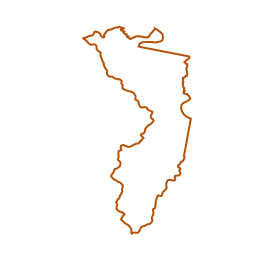 Tonantins, Amazonas, Brazil (Natural Earth projection), rotated 281°
{"feature_id": "56859067B7727099181602", "entity_name": "Tonantins", "entity_type": "district", "adm_level": 2, "iso_a3": "BRA", "parent_name": "Brazil", "parent_adm1": "Amazonas", "projection": "natural_earth1", "projection_center": [-67.705, -2.576], "detail": "fine", "context": "isolated", "style": "outline", "palette": "amber", "viewbox_px": 256, "rotation_deg": 281, "n_neighbors": 0, "source": "geoboundaries", "source_scale": "gbopen_adm2", "svg_char_len": 5929}
<svg xmlns="http://www.w3.org/2000/svg" viewBox="0 0 256 256"><g transform="rotate(281 128 128)"><path d="M207.5,67.0L206.8,67.9L206.4,69.3L205.8,70.4L204.2,72.4L203.4,73.6L203.0,74.4L202.8,75.0L202.7,76.1L203.7,78.4L203.7,79.7L203.1,80.7L202.2,81.5L200.0,82.0L199.0,82.5L198.2,83.5L197.8,84.6L197.3,85.7L196.5,86.9L194.2,87.0L193.0,87.6L192.1,88.1L191.2,89.0L190.0,89.4L188.9,90.1L188.0,91.0L187.1,91.9L185.9,91.8L184.9,92.5L183.9,93.1L183.0,93.7L181.7,94.9L180.9,95.9L179.8,96.7L178.5,96.7L177.0,97.1L176.2,97.8L175.2,99.1L174.8,100.2L175.2,101.5L175.3,102.9L174.1,105.7L174.1,106.8L174.0,110.0L173.9,111.2L173.1,112.7L171.8,113.1L170.5,112.9L168.9,114.7L167.8,114.9L166.6,114.7L165.4,115.5L165.2,116.9L164.5,119.8L164.3,121.3L164.2,122.5L164.3,124.1L164.1,125.7L163.4,127.0L161.4,128.9L160.5,129.5L158.1,129.7L157.1,130.1L157.0,131.2L156.6,132.5L155.4,133.3L154.3,133.6L153.1,134.4L151.4,135.7L150.7,136.6L150.8,137.8L151.7,140.3L151.7,141.8L151.2,142.9L150.2,143.6L149.4,144.6L149.1,146.5L148.9,148.2L148.2,148.9L147.1,148.9L146.0,148.6L144.9,148.1L143.7,148.0L142.5,148.7L141.7,149.5L141.1,150.9L140.2,151.7L139.1,151.5L138.2,150.8L137.1,150.2L135.9,149.3L135.0,148.1L134.3,147.2L133.1,146.6L131.7,145.8L130.6,145.2L129.2,145.0L127.9,145.1L126.6,144.9L125.7,144.3L124.5,142.1L123.5,141.9L122.8,142.8L121.9,143.9L121.2,145.1L120.3,144.5L119.3,143.8L118.1,143.4L117.4,142.2L116.2,142.3L115.1,141.4L114.0,138.8L113.2,137.5L112.3,136.4L111.3,135.4L110.5,134.4L109.8,133.0L109.4,131.2L109.9,130.1L110.0,128.5L110.4,127.3L110.1,125.8L109.4,124.6L107.3,124.6L106.3,125.0L105.4,125.7L104.5,124.8L103.9,123.7L102.8,123.0L101.8,123.4L100.7,123.7L99.4,123.8L98.0,124.3L95.3,124.2L94.3,124.7L93.8,126.0L93.1,126.9L92.2,127.4L91.2,127.5L90.2,127.3L89.1,127.3L88.1,126.7L87.2,125.8L85.8,124.3L85.1,122.8L83.9,122.5L82.8,122.4L81.4,122.1L80.5,121.5L79.2,121.0L78.0,120.7L76.8,121.0L76.1,122.3L75.2,123.4L74.6,124.7L74.3,126.4L73.7,127.4L73.2,128.6L73.1,129.9L72.8,131.0L71.9,132.2L71.3,133.4L70.3,134.1L69.3,134.0L68.1,133.8L66.7,133.8L64.4,134.6L63.2,134.2L62.2,133.7L60.8,133.6L59.9,132.9L58.8,133.0L57.8,132.9L56.6,132.3L55.9,131.3L54.7,131.4L53.8,130.7L52.7,130.6L51.5,131.6L50.6,132.0L47.7,131.8L46.5,132.2L45.7,133.0L44.8,134.5L44.3,136.0L44.0,138.5L43.5,140.1L42.4,141.0L41.4,140.4L40.4,139.5L39.3,139.5L38.3,138.9L36.9,138.7L36.1,139.7L35.3,141.2L34.0,143.1L33.0,146.0L32.3,147.5L31.6,148.5L30.8,149.3L29.8,150.1L28.5,150.9L26.1,151.1L25.1,151.9L26.2,153.1L26.6,154.3L26.7,155.8L26.9,157.1L27.8,158.2L29.1,158.8L32.5,159.6L33.7,160.2L34.4,161.5L34.8,162.7L35.7,163.8L36.5,164.6L37.2,165.4L37.6,166.7L38.2,167.8L39.2,168.7L41.4,169.6L42.5,169.4L43.7,168.7L44.8,168.5L46.0,168.7L47.1,169.2L48.0,169.2L49.5,169.2L50.4,168.9L52.0,168.1L53.2,168.2L54.0,169.5L55.4,169.8L56.8,169.6L59.0,169.8L60.3,169.2L61.2,169.2L62.8,169.3L65.5,169.9L66.9,169.8L67.6,170.5L67.6,172.3L67.6,173.6L68.6,174.2L70.1,174.2L71.3,174.4L72.2,174.8L73.6,175.7L74.6,176.6L75.8,177.2L76.8,177.3L78.4,176.7L80.7,176.2L81.6,176.4L82.7,176.5L84.0,176.9L84.9,178.3L85.1,179.5L85.0,180.7L85.1,182.2L85.4,183.5L86.1,184.2L87.6,184.0L88.8,183.1L90.0,183.4L90.6,184.9L90.9,186.4L91.7,187.6L92.9,188.1L94.0,188.0L95.1,187.0L96.2,186.4L97.1,187.1L98.3,186.9L98.9,185.7L99.5,184.6L100.9,184.3L101.6,185.2L102.7,186.0L103.7,186.0L105.0,186.5L105.5,187.8L106.7,188.4L109.2,189.0L110.3,189.0L111.3,188.3L149.2,187.9L149.6,185.7L150.3,183.3L150.8,182.1L151.5,181.0L153.1,179.2L154.9,177.6L156.3,176.9L157.7,176.3L158.8,176.2L160.1,176.1L161.3,176.3L162.2,176.9L163.5,178.0L166.0,181.4L167.2,182.6L168.6,183.5L170.1,182.6L170.9,181.9L171.5,180.8L172.1,179.9L172.6,179.6L172.4,178.8L172.5,178.3L172.4,177.7L172.6,176.5L172.8,176.0L173.4,176.2L173.7,175.9L174.2,175.6L174.6,175.9L174.9,176.3L175.3,176.6L175.7,175.7L176.3,175.5L177.4,175.7L177.8,175.5L178.2,175.3L179.0,174.3L179.9,174.2L180.4,173.8L181.0,173.9L181.7,173.5L182.2,173.0L182.6,173.3L183.1,173.3L183.6,173.6L184.1,173.6L184.5,173.2L184.9,172.7L186.6,172.9L187.5,172.3L188.3,173.2L188.8,174.2L190.0,174.5L190.4,175.8L192.5,175.8L193.6,175.4L194.7,175.1L195.6,174.6L196.7,174.3L197.8,173.8L198.8,174.2L199.8,174.5L202.0,173.9L202.0,172.7L202.9,172.0L203.4,170.9L204.4,171.6L205.4,172.0L206.2,172.9L207.0,173.7L207.9,174.6L208.9,174.8L209.9,174.4L209.9,125.1L210.1,122.9L210.9,122.9L212.4,123.1L213.3,123.6L214.3,124.7L214.6,125.3L215.2,126.9L216.1,130.0L216.9,134.9L217.0,137.8L217.8,140.3L218.8,142.5L219.5,143.7L219.9,144.3L220.3,144.7L221.2,145.0L222.5,145.1L223.0,145.1L224.9,144.7L226.4,144.0L226.8,143.6L227.7,142.4L228.8,140.6L230.5,136.5L230.9,135.2L229.9,135.2L229.0,134.7L228.2,134.2L227.5,134.0L226.5,133.4L225.3,132.4L223.2,131.6L221.6,131.2L221.2,130.7L220.7,129.6L220.4,128.4L220.1,126.6L220.3,122.7L220.2,121.9L220.0,120.2L219.5,118.6L219.2,118.1L218.2,116.6L216.5,114.4L216.3,114.0L216.3,113.5L215.8,113.1L216.0,112.6L216.4,112.0L216.8,110.5L217.1,110.0L217.5,110.0L217.5,110.6L217.8,110.9L218.2,110.4L218.2,109.8L218.0,109.3L218.3,108.9L219.2,108.5L219.7,108.7L219.8,108.2L219.7,107.7L219.8,107.1L220.1,106.5L220.5,105.6L220.9,105.2L221.3,105.3L221.6,105.6L222.1,105.9L222.2,105.5L222.0,104.8L222.3,104.2L222.5,103.0L222.8,102.4L223.2,102.3L224.2,102.7L224.3,103.4L224.2,104.0L224.9,104.7L225.1,104.2L225.3,102.3L225.3,101.5L225.6,101.0L225.7,100.5L225.5,99.6L225.1,99.2L224.6,98.8L224.4,97.3L224.3,96.8L223.5,95.2L222.3,93.9L221.8,93.4L221.5,92.8L221.5,92.2L221.4,91.6L221.0,91.2L220.5,90.2L219.6,89.0L219.1,88.7L218.3,88.5L217.8,88.1L216.9,87.7L216.5,87.4L215.8,87.1L215.2,87.0L214.8,86.7L214.1,86.9L213.6,87.0L213.1,87.4L212.5,87.2L212.2,86.8L212.0,86.3L212.2,85.7L212.4,85.2L213.5,83.7L214.0,83.4L214.6,83.3L215.1,82.9L215.5,81.8L216.2,80.9L216.4,79.6L216.3,78.7L216.4,78.1L216.4,77.6L216.2,77.1L215.9,76.7L215.3,76.5L214.2,76.5L213.8,76.4L212.6,75.7L211.8,75.0L211.6,73.8L211.0,72.8L210.4,71.6L209.7,70.7L209.0,69.8L208.5,68.7L207.5,67.0Z" fill="none" stroke="#b45309" stroke-width="2"/></g></svg>